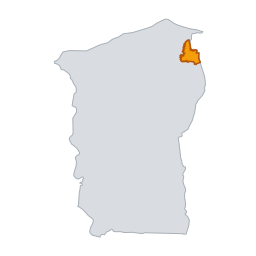 Aowin, Western, Ghana (highlighted), rotated 182°
{"feature_id": "2480657B72501418673064", "entity_name": "Aowin", "entity_type": "district", "adm_level": 2, "iso_a3": "GHA", "parent_name": "Ghana", "parent_adm1": "Western", "projection": "albers", "projection_center": [-2.683, 5.694], "detail": "fine", "context": "in_parent", "style": "filled", "palette": "amber", "viewbox_px": 256, "rotation_deg": 182, "n_neighbors": 0, "source": "geoboundaries", "source_scale": "gbopen_adm2", "svg_char_len": 6029}
<svg xmlns="http://www.w3.org/2000/svg" viewBox="0 0 256 256"><g transform="rotate(182 128 128)"><path d="M160.0,19.7L162.2,21.7L162.7,22.9L161.9,27.3L160.4,30.4L159.4,33.4L159.5,34.8L160.5,36.3L163.8,38.5L165.5,40.0L167.5,42.3L169.8,44.5L173.8,47.3L175.4,47.8L175.3,48.6L174.8,49.7L174.5,60.4L174.2,63.1L173.9,64.5L173.6,68.5L173.2,69.1L172.4,69.1L171.7,69.2L171.6,70.0L171.9,70.8L174.2,71.4L173.7,72.0L172.0,72.6L171.2,73.8L171.5,75.1L170.6,76.2L170.8,77.0L171.5,77.5L172.5,77.3L175.2,75.5L176.4,75.3L177.8,75.6L180.5,78.4L180.6,79.8L179.6,84.5L178.5,88.2L178.4,93.0L179.5,95.7L179.4,97.2L178.1,98.5L175.4,100.4L175.6,101.7L176.9,104.0L179.2,106.7L183.8,110.0L186.2,114.2L186.2,116.0L184.9,117.7L183.2,119.2L182.7,121.4L183.5,135.8L180.0,142.0L180.0,143.8L180.3,145.9L181.3,147.1L183.1,147.4L184.6,148.6L184.1,153.0L183.4,157.5L183.2,159.6L182.8,160.7L181.4,161.5L180.9,162.9L181.2,164.7L181.0,165.9L181.8,167.6L183.4,169.7L186.1,174.8L187.1,175.2L187.5,176.3L187.3,177.3L188.3,179.6L191.2,181.9L194.3,183.8L196.8,184.1L197.4,185.9L199.0,188.1L200.2,189.1L202.1,189.8L203.7,190.1L203.8,192.0L201.0,193.3L199.1,195.3L197.7,198.3L195.7,201.7L188.8,203.4L186.2,203.4L172.1,203.6L158.9,210.2L151.3,212.5L146.6,216.2L140.4,218.8L136.0,222.0L126.8,223.5L111.9,228.6L107.2,230.5L102.5,234.0L94.8,238.1L91.7,238.0L85.7,234.2L81.1,232.3L70.0,229.4L61.7,228.3L57.7,227.1L56.6,226.9L57.6,225.5L59.9,225.4L62.3,225.8L64.2,224.8L66.9,224.6L67.6,223.6L67.8,220.8L67.8,218.6L68.7,217.6L68.9,215.0L67.6,209.3L66.7,208.6L61.8,207.8L61.5,206.6L60.6,205.4L59.7,202.5L58.6,198.0L57.0,192.6L53.7,183.5L52.9,180.3L52.4,177.1L52.2,173.2L52.9,171.8L52.8,169.7L52.5,167.7L54.8,163.2L59.3,157.5L60.2,155.5L61.1,154.1L61.2,152.1L62.0,145.5L64.1,137.6L65.5,134.6L66.4,133.0L67.5,130.3L67.8,129.1L71.9,126.0L73.8,125.1L74.2,123.9L73.6,122.6L73.8,121.7L74.8,121.2L76.3,120.9L77.4,119.6L75.7,109.8L74.3,100.1L74.2,99.3L73.4,97.9L72.6,93.9L71.2,91.5L69.2,90.9L69.2,88.6L71.2,84.9L71.7,82.7L70.8,82.0L70.6,80.3L71.3,77.6L71.0,75.9L70.6,74.1L68.6,69.8L68.1,66.8L69.1,65.0L69.1,61.2L68.0,55.2L67.8,51.5L68.6,49.9L68.2,48.4L66.7,47.0L66.6,45.6L67.9,44.3L67.7,43.3L66.2,42.5L64.8,40.7L63.5,37.8L63.8,33.1L66.1,24.6L66.4,23.9L69.1,23.9L69.1,24.3L77.3,24.2L86.7,24.1L97.9,24.0L108.1,23.9L108.6,23.5L110.3,23.0L120.6,23.9L127.0,23.4L129.8,23.7L131.8,24.2L136.2,23.9L138.6,24.1L140.4,26.2L141.1,26.2L142.1,25.3L143.9,24.2L145.7,23.4L147.0,21.7L147.8,20.5L149.0,20.7L150.6,20.6L151.8,19.6L152.2,17.9L160.0,19.7Z" fill="#d9dde1" stroke="#a8b0b8" stroke-width="1"/><path d="M63.7,194.1L62.9,194.2L62.5,194.3L62.4,194.3L62.3,194.2L62.2,193.9L62.0,194.0L61.9,194.2L61.7,194.4L61.0,194.9L60.5,195.1L58.9,195.7L58.5,195.9L58.1,196.1L59.9,200.4L59.7,204.0L59.7,205.5L60.8,205.4L62.2,205.3L62.2,206.7L61.9,206.9L61.7,207.9L61.8,207.9L61.9,208.0L62.0,208.0L62.3,208.0L62.5,208.1L62.5,208.3L62.8,208.5L63.1,208.5L63.3,208.3L63.5,208.3L63.7,208.2L63.8,208.3L63.9,208.2L64.0,208.3L64.2,208.2L64.4,208.0L64.5,208.1L64.5,207.9L64.8,207.8L65.0,207.7L65.3,207.5L65.3,207.4L65.5,207.4L65.4,207.5L65.5,207.6L65.8,207.8L66.1,207.9L66.2,208.0L66.3,208.1L66.6,208.2L66.6,208.4L66.8,208.4L67.0,208.3L67.2,208.5L67.3,208.7L67.5,208.5L67.7,208.3L67.8,208.4L67.7,208.5L67.9,208.4L67.8,208.6L67.9,208.8L68.1,208.8L68.1,208.7L68.2,208.8L68.1,209.0L68.3,209.2L68.5,209.2L68.6,209.3L68.5,210.8L68.7,211.9L69.0,213.8L69.1,214.2L69.2,214.8L70.0,216.6L70.0,217.6L70.1,218.0L70.3,217.9L70.4,218.0L70.7,218.0L70.8,218.1L71.0,218.1L71.1,217.9L71.3,217.9L71.5,217.7L71.8,217.4L72.0,217.1L72.4,216.9L72.5,216.9L72.7,216.6L72.8,216.6L73.0,216.2L73.3,216.1L73.4,215.9L73.5,215.9L73.6,215.7L73.6,215.3L73.9,215.1L73.9,214.9L73.8,214.6L74.1,214.5L74.2,214.3L74.2,214.1L74.1,213.9L74.4,214.0L74.6,213.9L74.4,213.8L74.2,213.7L74.3,213.3L74.3,213.2L74.5,213.2L74.8,213.2L74.8,212.8L74.9,212.5L75.0,212.2L74.9,212.1L74.5,212.1L74.4,212.2L74.3,212.3L74.3,212.1L74.1,211.9L74.4,211.8L74.4,211.7L74.5,211.3L74.5,211.2L74.8,211.1L75.0,211.2L75.2,211.3L75.2,211.2L75.3,210.9L75.1,210.6L75.3,210.7L75.3,210.4L75.4,210.1L75.4,209.9L75.6,210.0L75.7,209.9L75.6,209.7L75.3,209.7L75.2,209.6L75.3,209.5L75.4,209.4L75.3,209.1L75.2,208.8L75.1,208.7L74.9,208.5L74.9,208.3L75.1,208.4L75.1,208.2L75.1,207.8L75.1,207.7L75.4,207.7L75.5,207.7L75.6,207.8L75.8,207.8L75.8,207.7L75.7,207.5L75.7,207.3L75.6,207.2L75.1,207.3L74.9,207.2L75.0,207.0L75.1,206.9L75.2,206.7L75.3,206.7L75.5,206.6L75.4,206.5L75.2,206.5L75.1,206.3L75.2,206.2L75.3,206.2L75.3,206.3L75.5,206.3L75.9,206.3L75.9,206.2L75.6,205.8L75.7,205.7L75.8,205.7L75.7,205.6L75.4,205.5L75.3,205.4L75.3,205.2L75.2,204.7L74.9,204.4L74.7,204.5L74.6,204.4L74.5,204.6L74.3,204.7L74.0,204.7L74.3,204.3L74.4,204.2L74.5,204.1L74.4,204.0L74.5,203.9L74.8,203.8L75.0,203.8L75.2,203.4L75.0,203.0L75.0,202.9L75.2,202.7L74.9,202.6L74.9,202.4L74.9,202.1L75.0,202.1L75.3,202.0L75.5,202.3L75.7,202.6L75.9,202.6L76.0,202.6L76.3,202.6L76.5,202.6L76.8,202.6L76.7,202.7L76.7,202.9L76.9,203.0L77.2,203.1L77.4,203.2L77.5,203.0L77.7,202.9L77.8,202.8L77.7,202.7L77.8,202.5L77.7,202.4L77.6,202.1L77.9,202.4L78.0,202.4L78.3,202.3L78.2,202.1L78.2,201.7L77.8,201.6L77.7,201.6L77.3,201.6L77.1,201.5L77.0,201.4L77.3,201.2L77.2,201.2L77.0,200.9L77.0,200.6L77.1,200.3L77.2,200.2L77.3,200.1L77.5,200.2L77.7,199.9L77.8,200.1L78.1,200.0L78.0,199.9L77.8,199.6L77.7,199.4L77.7,199.1L77.4,199.0L77.4,198.9L77.3,198.6L77.5,198.5L77.8,198.4L77.5,198.2L77.5,197.9L77.5,197.7L77.4,197.6L77.3,197.4L77.4,197.2L77.1,197.1L77.1,196.7L76.9,196.6L76.6,196.6L76.3,196.3L76.2,196.2L75.6,196.3L75.3,196.6L75.2,196.4L75.1,196.5L74.9,196.4L74.7,196.4L74.5,196.6L74.4,196.6L74.2,196.5L74.0,196.8L73.7,196.8L73.5,196.6L73.4,196.5L73.1,196.6L72.8,196.8L72.7,196.9L72.3,196.7L72.2,196.8L72.1,197.0L71.9,197.2L71.8,197.3L71.7,197.3L71.6,197.5L71.4,197.5L71.4,197.3L71.5,196.8L71.6,196.7L71.8,196.5L72.0,196.4L70.0,195.9L69.1,196.8L64.8,196.4L64.7,196.3L64.6,196.2L64.4,195.9L64.4,195.7L64.1,195.4L63.8,195.4L63.8,195.2L63.7,195.1L63.6,194.8L63.8,194.7L63.7,194.4L63.7,194.1Z" fill="#f59e0b" stroke="#b45309" stroke-width="1.5"/></g></svg>